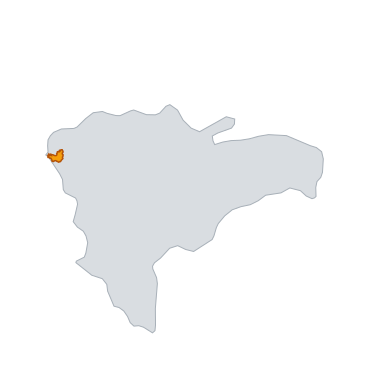 Pepillo Salcedo, Monte Cristi, Dominican Republic shown in context, rotated 336°
{"feature_id": "3306468B50273300961313", "entity_name": "Pepillo Salcedo", "entity_type": "district", "adm_level": 2, "iso_a3": "DOM", "parent_name": "Dominican Republic", "parent_adm1": "Monte Cristi", "projection": "equal_earth", "projection_center": [-71.693, 19.654], "detail": "fine", "context": "in_parent", "style": "filled", "palette": "amber", "viewbox_px": 384, "rotation_deg": 336, "n_neighbors": 0, "source": "geoboundaries", "source_scale": "gbopen_adm2", "svg_char_len": 3885}
<svg xmlns="http://www.w3.org/2000/svg" viewBox="0 0 384 384"><g transform="rotate(336 192 192)"><path d="M74.3,264.6L74.6,248.3L76.6,241.7L74.8,234.7L66.6,227.3L61.6,217.7L57.2,209.3L58.2,208.1L67.1,207.7L70.2,204.6L76.1,195.9L77.3,189.0L76.8,183.7L73.0,177.4L71.4,170.8L76.2,165.0L82.5,156.6L83.3,153.4L83.2,150.2L75.9,141.3L75.4,137.5L78.8,127.9L78.5,121.5L75.1,101.6L73.5,98.7L76.7,97.0L78.9,91.1L81.7,85.8L85.5,83.0L89.8,81.2L98.3,81.3L110.0,85.9L113.4,85.9L124.7,81.7L134.0,79.4L142.9,82.0L146.4,85.6L153.7,91.3L157.4,93.0L168.9,92.9L172.1,93.4L181.8,102.8L189.9,106.6L194.6,106.8L203.1,103.1L207.3,103.2L212.1,111.3L213.1,122.8L217.2,133.3L223.4,140.0L253.9,137.2L260.7,142.7L258.4,147.2L254.1,149.7L239.6,148.6L233.3,149.1L232.0,153.7L232.0,157.9L240.5,158.9L248.8,161.0L257.3,164.4L265.9,166.7L275.6,168.2L285.2,170.7L301.2,178.9L318.9,197.8L323.7,202.0L326.8,207.9L325.4,215.2L319.2,227.1L315.6,231.0L310.4,233.3L306.9,238.2L303.5,246.5L301.4,247.2L298.9,246.9L294.7,242.1L291.6,234.9L283.0,228.1L272.9,229.0L258.0,224.9L249.0,226.9L240.0,227.3L230.7,225.3L221.5,224.6L212.2,227.1L203.2,231.5L199.9,234.3L194.2,241.0L191.1,243.6L169.3,247.0L162.9,242.0L157.1,235.2L148.7,234.3L136.5,239.5L128.9,241.4L125.8,243.7L124.9,246.3L124.8,255.8L123.1,261.6L111.2,283.4L104.5,298.8L101.8,303.6L98.6,304.6L92.7,295.8L89.0,292.5L84.4,290.9L82.4,286.2L82.5,279.5L81.3,273.0L78.4,267.9L74.3,264.6Z" fill="#d9dde1" stroke="#a8b0b8" stroke-width="1"/><path d="M87.6,109.0L87.7,108.7L87.7,107.9L87.7,107.7L87.8,107.6L87.9,107.4L88.0,107.3L88.4,107.0L88.9,106.6L89.0,106.4L89.0,106.1L89.3,105.6L89.4,105.4L89.3,105.2L89.1,105.2L89.0,104.9L89.0,104.6L89.0,104.4L89.2,103.8L89.4,103.7L89.5,103.6L89.9,103.3L90.2,103.2L90.3,103.2L90.5,103.0L90.6,102.8L90.6,102.7L90.6,102.4L90.6,102.2L90.7,101.9L90.7,101.7L90.6,101.4L90.6,101.2L90.6,100.8L90.6,100.6L90.1,100.4L89.9,100.3L89.7,100.2L89.4,100.2L89.2,100.2L89.0,100.3L88.9,100.3L88.8,100.5L88.5,100.8L88.4,100.9L88.2,100.9L88.1,100.7L88.1,100.2L87.9,100.0L87.7,100.1L87.7,100.3L87.7,101.0L87.5,101.3L87.3,101.3L87.1,101.3L86.9,101.2L86.6,100.9L86.0,100.7L85.6,100.5L85.4,100.5L85.2,101.0L85.1,101.3L84.9,101.5L84.6,101.5L84.2,101.6L84.0,101.8L84.0,102.4L83.9,102.6L83.8,102.8L83.7,103.0L83.1,103.4L83.0,103.5L82.9,103.5L82.7,103.4L82.4,103.3L81.9,103.2L81.4,102.9L81.2,102.7L81.0,102.4L80.7,102.3L80.6,102.2L80.4,101.8L80.3,101.7L80.2,101.5L80.1,101.4L79.6,101.2L79.2,100.9L79.0,100.7L78.4,100.0L78.3,99.9L78.2,99.9L77.7,99.8L77.4,99.6L77.1,99.6L77.0,99.8L76.9,99.9L76.9,100.0L76.9,100.3L77.0,100.3L77.0,100.2L77.3,100.2L77.4,99.9L77.5,99.9L77.8,99.9L77.8,100.0L78.0,100.2L78.0,100.3L77.9,100.3L77.8,100.5L77.7,100.6L77.5,100.9L77.7,101.0L77.8,101.0L77.8,100.9L78.0,100.9L78.0,101.0L78.3,101.0L78.3,100.9L78.6,100.9L78.6,101.0L78.4,101.1L78.2,101.2L78.2,101.3L78.1,101.2L77.9,101.1L77.7,101.1L77.5,100.9L77.4,100.9L77.2,100.7L76.9,100.5L76.8,100.4L76.7,100.3L76.8,100.3L76.8,100.1L76.9,99.9L76.8,99.7L76.7,99.7L76.5,99.8L76.4,99.8L76.2,99.8L76.2,99.7L76.2,99.4L76.1,99.5L76.1,99.8L75.9,99.9L75.7,99.9L75.7,100.0L75.4,100.1L75.2,100.2L75.1,100.3L75.0,100.5L74.9,100.5L74.9,100.8L75.0,100.6L75.1,100.8L75.3,100.8L75.4,101.0L75.2,101.1L75.0,101.3L75.3,101.4L75.2,101.5L75.3,101.5L75.4,101.4L75.4,101.5L75.3,101.8L75.4,102.0L75.2,102.3L75.3,102.4L75.5,102.4L75.8,102.9L76.0,103.4L76.2,103.5L76.6,103.6L76.7,103.8L76.8,103.8L76.9,104.1L77.0,105.2L77.0,105.4L76.9,105.6L76.9,105.8L76.8,106.0L76.8,107.1L77.1,107.1L77.3,107.1L77.5,107.5L77.8,107.8L78.1,107.8L78.4,107.7L78.6,107.6L79.5,107.6L79.8,107.7L80.3,108.0L80.8,108.5L80.9,108.9L81.0,109.0L81.3,109.2L81.5,109.4L81.7,109.6L81.9,110.0L82.1,110.3L82.3,110.5L82.5,110.6L82.8,110.5L83.3,110.4L83.7,110.5L84.0,110.7L84.4,110.5L84.8,110.4L85.3,110.1L85.6,109.8L85.7,109.7L86.1,109.6L86.4,109.4L86.8,109.3L87.0,109.3L87.3,109.1L87.6,109.0Z" fill="#f59e0b" stroke="#b45309" stroke-width="1.5"/></g></svg>